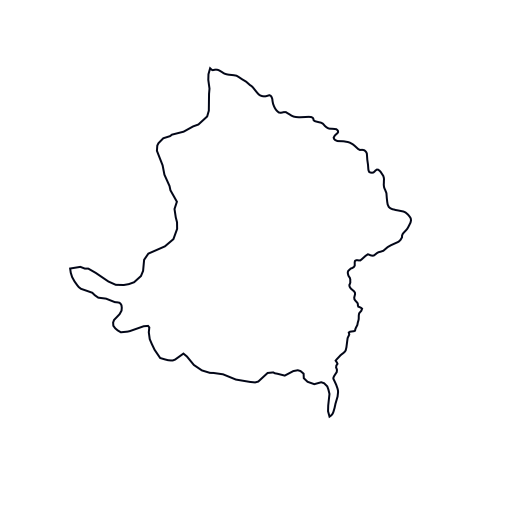 outline of Granados, Baja Verapaz, Guatemala, rotated 226°
{"feature_id": "79465075B60020502053438", "entity_name": "Granados", "entity_type": "district", "adm_level": 2, "iso_a3": "GTM", "parent_name": "Guatemala", "parent_adm1": "Baja Verapaz", "projection": "albers", "projection_center": [-90.583, 14.941], "detail": "fine", "context": "isolated", "style": "outline", "palette": "ink", "viewbox_px": 512, "rotation_deg": 226, "n_neighbors": 0, "source": "geoboundaries", "source_scale": "gbopen_adm2", "svg_char_len": 4966}
<svg xmlns="http://www.w3.org/2000/svg" viewBox="0 0 512 512"><g transform="rotate(226 256 256)"><path d="M422.9,353.4L419.8,348.1L415.8,344.0L408.7,338.8L405.3,334.9L393.3,323.0L390.3,317.8L390.6,305.9L392.9,300.8L395.7,290.3L401.7,279.8L401.9,277.5L405.1,271.1L404.9,264.2L404.0,261.7L400.5,257.8L386.1,251.8L378.1,246.6L366.4,242.4L362.7,240.1L350.0,236.8L346.4,230.0L339.5,225.1L335.1,222.6L330.3,218.1L325.5,208.3L326.2,197.2L332.5,180.2L331.0,172.9L323.7,164.4L321.5,159.3L321.8,150.1L324.1,145.0L327.0,140.7L332.7,135.1L340.2,132.1L355.1,129.0L363.4,126.6L365.9,124.1L370.2,122.1L376.1,113.6L372.6,111.1L368.6,109.1L363.8,107.8L359.1,107.1L356.8,106.9L354.0,107.3L348.1,110.3L343.3,112.7L339.8,112.8L335.6,113.6L329.5,118.5L320.9,122.4L318.8,124.2L317.2,125.3L315.7,125.4L314.0,125.0L312.0,123.5L310.1,121.3L308.9,117.4L308.6,109.5L307.4,107.0L304.9,104.9L301.7,104.5L298.6,104.8L295.0,105.8L290.8,111.1L289.6,113.1L283.5,126.4L280.7,129.8L278.7,129.6L275.6,125.9L270.0,121.8L265.3,120.0L259.0,117.9L249.2,116.2L244.8,118.7L242.2,120.3L240.1,122.1L238.7,123.5L237.7,125.8L236.2,136.0L231.7,136.5L220.8,135.6L211.3,137.6L203.9,141.7L201.5,144.1L193.8,150.1L181.1,155.7L169.6,164.2L165.7,167.5L164.1,170.4L163.8,183.1L160.3,187.5L158.5,188.1L156.6,189.5L150.0,193.6L147.3,202.9L144.8,206.7L142.3,208.1L138.3,208.5L134.9,205.5L129.7,205.7L123.3,208.9L119.9,215.2L117.2,216.6L112.7,216.7L109.6,215.3L105.7,213.0L98.3,204.1L94.3,200.0L89.4,197.3L89.1,199.3L89.2,200.9L89.5,202.0L90.1,203.4L92.2,207.1L92.9,208.1L93.6,209.2L94.5,210.5L98.2,217.0L101.1,220.5L102.4,221.6L104.1,222.6L107.6,224.2L110.7,225.3L114.0,226.4L114.7,227.2L115.3,228.6L115.8,230.6L116.4,233.4L117.8,235.1L118.9,235.7L120.1,236.1L121.4,237.7L121.8,239.7L123.2,240.2L125.4,240.6L125.6,242.2L125.8,246.4L125.9,247.6L125.8,249.2L125.5,251.6L125.5,253.6L125.8,254.9L127.5,257.6L133.1,264.6L133.6,265.5L134.1,267.0L134.8,268.6L136.5,269.6L136.2,271.1L133.9,274.2L133.5,275.4L134.4,276.7L135.1,278.3L135.4,279.3L136.0,281.0L137.0,282.4L137.6,283.3L138.2,284.4L139.0,285.7L139.7,286.5L141.8,288.6L142.5,289.5L143.1,290.4L143.3,292.1L143.4,293.6L144.4,295.7L145.6,295.6L147.3,295.0L148.5,294.4L149.7,295.0L150.7,295.9L151.9,296.4L153.0,296.4L155.1,296.5L156.4,296.7L157.9,297.8L159.7,300.7L160.9,301.7L162.5,302.0L165.5,301.7L166.5,301.6L168.1,301.8L169.2,302.2L170.3,303.0L170.7,304.1L171.4,305.4L172.7,306.6L173.6,307.5L175.3,308.4L176.9,308.6L178.2,309.1L179.7,310.0L180.6,310.8L181.2,312.0L181.2,314.0L181.1,315.6L180.5,316.8L180.1,318.7L180.5,320.3L181.6,321.4L183.0,322.7L183.7,323.9L183.3,325.2L182.6,326.0L181.6,326.7L180.4,327.9L180.2,329.5L180.0,334.9L179.5,337.7L178.5,338.2L176.7,339.0L175.3,340.0L174.5,341.1L174.3,342.6L174.1,344.7L173.9,345.8L173.5,347.0L172.5,348.7L171.9,350.0L171.3,351.2L171.0,356.1L170.9,357.1L170.0,360.6L168.3,365.4L167.5,367.6L167.2,368.7L167.2,371.1L168.0,374.0L169.2,375.2L169.9,376.7L170.1,377.8L170.2,379.3L170.3,381.8L170.5,383.7L171.0,385.5L171.8,387.8L172.7,390.3L173.9,392.2L175.2,393.2L176.1,393.6L177.8,393.9L178.9,394.0L180.3,394.1L181.4,394.0L183.4,393.8L185.5,393.0L189.0,390.6L190.7,389.4L192.2,388.3L193.5,387.6L194.6,386.8L195.9,386.2L197.5,385.7L199.1,385.6L201.6,386.5L203.8,388.0L206.9,390.4L210.4,393.3L211.3,393.8L212.6,394.3L214.0,394.9L215.0,395.2L216.5,395.9L217.6,396.7L218.5,397.4L219.9,398.9L221.3,400.3L222.3,401.4L223.5,402.3L225.2,403.2L228.4,403.8L229.9,404.1L231.6,404.1L233.3,403.8L234.2,403.0L234.5,401.2L234.4,400.0L234.5,398.5L235.3,397.3L236.4,396.4L237.7,395.8L239.2,396.3L240.4,397.1L243.9,400.0L247.9,402.9L251.6,406.0L252.7,406.9L254.0,407.4L255.2,407.5L256.7,407.4L258.2,406.5L259.2,405.5L260.1,404.4L262.0,403.8L263.7,403.7L266.9,403.5L269.2,403.2L272.4,402.2L274.1,401.3L276.0,399.9L277.4,398.9L278.3,398.1L281.3,395.2L282.2,394.4L284.4,393.5L286.0,393.5L287.2,394.1L287.9,396.3L287.9,397.9L287.8,400.0L288.1,401.1L288.9,401.8L290.2,402.0L291.5,401.8L293.8,399.9L296.7,397.2L298.1,396.5L299.3,396.2L300.5,396.0L301.9,395.9L303.5,396.0L304.9,396.0L306.9,395.3L308.2,394.4L309.8,393.4L311.1,392.6L312.4,391.9L313.7,391.8L315.0,392.6L316.0,392.8L317.5,392.3L319.4,390.7L324.1,385.3L325.0,384.3L325.8,383.4L326.6,382.7L328.2,381.3L329.3,380.5L330.2,379.9L332.4,379.0L333.8,378.7L335.0,378.4L336.4,378.0L338.8,377.4L340.2,375.9L341.2,374.2L341.9,373.2L343.4,372.1L345.3,371.9L346.7,371.9L348.2,372.1L349.5,372.4L351.3,373.0L353.6,374.0L355.5,375.2L356.6,376.0L357.5,376.7L358.7,377.3L360.1,377.8L361.2,377.8L362.4,377.3L363.5,375.1L364.3,373.7L365.8,372.2L366.9,371.4L368.5,370.6L369.6,370.3L371.1,370.2L373.1,370.3L376.5,370.6L378.5,370.8L379.8,370.9L381.5,370.8L383.1,370.4L385.8,370.2L388.2,370.0L390.1,369.5L392.6,368.8L396.3,368.0L398.3,367.5L399.4,367.1L401.6,365.5L403.4,364.0L405.4,362.3L406.8,361.3L407.8,360.7L408.9,360.1L410.0,359.7L411.5,359.4L413.8,358.8L415.7,358.2L416.6,357.7L417.5,357.0L418.4,356.1L419.1,354.9L419.8,353.9L420.8,353.5L422.9,353.4Z" fill="none" stroke="#020617" stroke-width="2"/></g></svg>